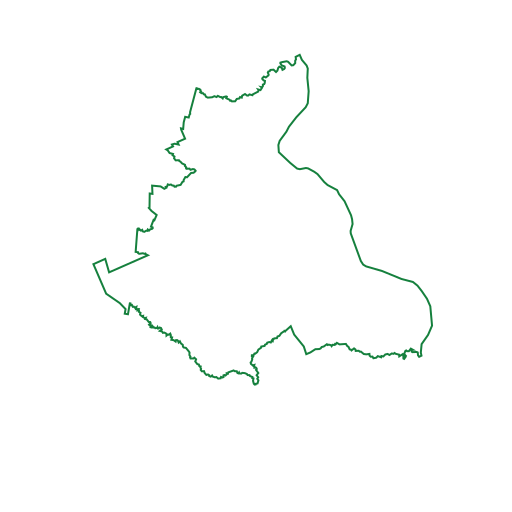 Colón, Entre Ríos, Argentina, rotated 327°
{"feature_id": "61730980B75281068807854", "entity_name": "Colón", "entity_type": "district", "adm_level": 2, "iso_a3": "ARG", "parent_name": "Argentina", "parent_adm1": "Entre Ríos", "projection": "albers", "projection_center": [-58.335, -32.025], "detail": "fine", "context": "isolated", "style": "outline", "palette": "green", "viewbox_px": 512, "rotation_deg": 327, "n_neighbors": 0, "source": "geoboundaries", "source_scale": "gbopen_adm2", "svg_char_len": 6149}
<svg xmlns="http://www.w3.org/2000/svg" viewBox="0 0 512 512"><g transform="rotate(327 256 256)"><path d="M298.0,82.3L279.0,99.5L278.2,101.0L277.4,101.1L275.0,103.2L272.4,100.7L268.2,104.5L264.1,109.8L262.6,108.1L262.1,109.2L260.4,119.0L252.2,117.7L251.8,120.4L248.9,117.5L246.2,116.7L246.1,118.9L238.8,117.8L239.5,119.3L239.6,122.6L242.0,125.2L240.9,126.0L241.8,128.2L240.5,129.4L240.7,132.0L243.5,133.7L243.4,134.7L244.0,135.6L244.4,138.1L246.1,140.8L245.4,141.8L245.8,142.7L245.2,144.2L245.6,144.3L245.4,145.1L247.8,146.5L248.0,148.0L250.4,148.7L251.5,149.8L251.8,151.6L251.4,151.9L249.0,152.2L246.8,151.0L241.0,152.4L239.8,151.3L236.7,152.9L235.9,154.0L234.6,153.8L231.5,155.3L227.6,153.8L226.7,154.3L225.4,153.5L225.4,152.2L224.2,151.3L223.6,149.7L222.1,149.2L221.0,147.9L219.3,149.3L218.0,148.9L217.9,149.9L215.7,149.7L213.9,145.7L207.2,140.4L203.0,147.5L200.9,145.7L193.2,157.2L192.3,157.3L192.9,161.3L195.0,167.5L190.2,170.7L189.8,169.9L183.9,174.2L184.9,175.7L184.4,176.5L183.4,176.6L181.9,176.0L180.2,176.4L179.7,174.9L178.7,175.8L177.9,175.0L175.5,174.9L174.4,173.6L174.8,172.1L173.3,172.0L172.9,170.2L172.4,170.3L172.6,169.6L172.0,169.6L172.0,168.7L171.2,168.8L157.3,187.0L159.1,188.6L158.7,189.4L159.2,190.5L162.6,192.1L163.7,193.5L164.6,193.7L164.5,194.4L165.7,196.5L123.9,189.7L128.0,176.3L115.2,174.3L109.8,206.0L116.1,221.3L117.7,229.5L114.5,232.9L116.9,235.1L124.4,227.0L124.8,227.3L124.1,228.2L124.8,228.8L124.3,229.2L125.3,229.8L125.0,231.5L126.0,232.0L126.2,233.3L128.0,233.5L126.4,235.2L128.5,236.5L127.1,237.2L128.2,237.9L127.4,239.1L128.2,240.7L126.9,241.9L126.9,242.6L127.5,244.3L128.7,244.7L127.9,245.6L128.9,247.5L129.8,247.8L128.7,248.5L129.8,249.6L130.1,252.9L131.3,253.8L131.1,254.9L128.9,255.3L129.0,255.9L130.6,257.2L130.4,257.8L129.0,257.8L128.7,258.2L129.7,259.3L131.0,258.3L131.3,260.4L132.0,260.7L132.2,261.7L133.8,262.4L134.6,262.0L134.2,263.4L134.9,263.8L136.2,263.5L137.1,264.6L136.9,266.3L134.6,266.5L136.1,268.2L136.1,269.8L137.3,270.2L138.3,271.8L138.4,272.7L137.6,274.0L139.4,273.8L140.0,274.6L141.8,274.4L141.5,275.9L140.3,277.7L141.3,278.6L139.4,280.2L141.1,281.7L142.0,284.0L143.0,283.0L144.0,283.5L144.4,284.5L144.0,286.4L145.7,286.1L145.4,288.4L146.2,290.6L145.4,292.2L145.5,293.3L147.2,294.9L147.7,299.5L147.7,300.7L146.2,302.8L146.2,304.7L145.5,305.1L145.3,306.3L147.8,307.9L148.9,307.7L149.5,310.0L147.6,311.4L147.9,314.7L149.0,315.9L148.5,317.5L149.4,318.5L148.7,319.0L148.5,320.7L147.6,321.4L147.8,323.2L149.7,324.3L149.2,326.1L149.6,328.7L151.2,329.2L151.8,330.5L151.4,331.2L152.3,332.5L154.1,332.3L154.0,333.5L155.5,335.4L156.8,335.9L157.5,338.2L159.7,339.3L160.8,338.4L161.8,339.7L162.9,339.8L163.7,338.4L164.7,338.6L165.3,339.6L166.9,339.3L167.5,338.4L168.3,339.4L169.4,338.5L174.9,339.8L175.4,341.0L177.1,342.2L176.7,344.0L177.2,344.7L178.3,344.4L178.0,345.4L179.7,346.6L180.8,346.5L182.8,348.1L184.1,350.0L184.1,351.3L185.7,352.4L185.6,353.5L187.1,355.5L186.4,356.4L187.2,357.3L185.5,359.1L184.6,361.9L184.8,362.9L185.5,362.8L185.8,363.5L186.4,363.2L187.9,363.7L190.3,361.6L190.2,359.7L191.8,358.9L191.6,356.3L194.2,355.4L194.0,351.5L195.1,351.2L195.3,350.3L195.1,349.4L193.8,348.8L194.5,347.8L194.1,347.2L195.2,346.4L193.7,345.9L193.0,343.7L193.5,342.4L194.5,342.2L196.5,340.7L197.0,339.6L198.9,338.7L198.0,337.7L198.5,337.0L199.8,337.8L201.6,337.0L202.1,337.5L204.6,337.3L207.0,335.8L210.2,335.7L211.1,334.8L214.2,336.1L215.3,335.3L217.2,335.6L218.2,334.8L220.3,335.4L221.3,336.6L222.6,335.9L223.5,336.7L223.9,336.1L223.6,335.3L224.6,334.9L224.8,335.6L226.4,335.0L228.8,336.3L230.2,335.2L232.1,335.7L235.0,334.5L238.4,334.4L239.1,335.0L239.4,334.5L239.8,334.9L246.9,333.8L245.2,342.7L246.8,357.9L244.7,365.7L249.1,366.5L255.0,366.5L258.4,368.5L259.9,368.7L261.5,368.1L263.5,368.8L267.4,368.6L267.6,369.7L268.8,370.0L270.3,371.6L270.3,372.8L271.9,372.2L273.1,373.2L274.4,372.8L274.6,373.5L276.5,372.9L277.9,375.6L283.5,378.7L283.5,381.3L284.1,382.5L283.7,385.3L284.7,386.4L284.7,387.2L287.9,386.9L288.5,388.6L287.9,389.9L290.5,391.4L291.0,392.9L291.9,393.3L293.0,396.9L295.0,398.6L297.8,399.9L297.0,401.4L297.4,403.0L298.9,403.8L298.8,405.7L301.5,406.8L303.6,406.3L305.8,409.1L306.7,408.2L308.1,409.6L310.8,409.0L313.0,409.8L314.0,411.7L316.8,411.7L318.0,412.9L319.4,412.8L319.7,413.9L322.3,416.7L321.5,418.2L325.5,418.2L325.2,419.9L323.8,422.3L324.2,423.0L326.2,422.2L326.0,421.2L326.7,421.8L327.3,421.5L326.9,418.9L329.5,417.0L330.5,417.0L330.8,418.1L332.4,419.1L335.4,418.0L336.5,420.1L335.2,419.4L334.5,421.0L334.8,421.8L338.5,424.0L339.1,425.0L337.8,427.5L337.9,429.4L340.5,429.7L341.6,426.8L346.9,420.1L357.3,415.9L365.7,410.3L374.8,393.1L376.1,385.0L375.9,375.8L375.3,368.8L373.5,363.3L365.5,354.5L353.6,337.3L342.7,324.7L341.2,321.6L341.2,317.3L347.8,288.6L349.0,286.5L354.4,281.8L356.6,277.5L357.9,273.6L360.1,258.3L359.3,249.5L359.9,244.9L354.7,235.5L353.5,231.1L352.2,220.8L350.7,217.0L347.4,210.9L345.8,209.4L340.1,207.1L338.1,205.1L335.4,196.6L331.7,181.4L335.2,175.1L338.6,172.3L349.2,168.3L354.1,165.5L365.4,161.6L378.7,158.3L382.6,156.1L389.9,146.5L396.1,134.5L401.5,127.0L402.2,123.8L401.3,116.5L402.2,111.1L397.7,110.6L396.6,112.9L395.3,113.5L393.9,115.6L391.2,116.3L389.7,115.6L388.7,110.6L387.8,109.4L383.5,107.6L381.8,107.1L381.4,107.5L381.3,110.0L383.2,112.6L382.6,114.0L381.5,114.5L379.6,114.3L380.1,112.2L378.7,109.9L377.0,110.4L374.9,112.2L373.0,112.6L372.2,109.3L369.4,107.8L368.1,108.5L366.8,108.0L365.8,108.6L365.4,110.8L364.8,111.3L361.5,111.6L360.3,109.8L358.0,110.4L357.7,111.0L358.0,112.8L358.9,114.0L357.5,115.7L356.5,116.3L355.1,116.0L354.3,117.3L352.8,117.7L352.4,117.3L352.6,118.2L350.1,119.3L348.5,117.5L348.5,118.2L347.4,119.3L341.3,118.7L340.6,119.2L338.5,116.9L336.9,117.2L335.9,116.6L335.0,114.2L331.7,114.0L330.3,115.4L329.2,114.0L327.8,114.8L325.4,113.8L322.8,114.9L320.0,113.2L319.8,112.1L318.9,111.8L319.0,110.7L317.0,107.5L318.3,106.5L317.9,105.9L315.0,104.9L313.9,105.7L313.4,103.7L312.6,103.3L311.2,100.9L309.5,101.2L308.1,99.3L305.7,99.0L301.8,96.9L300.8,95.2L301.1,92.6L300.3,92.0L300.2,90.5L299.0,89.8L298.4,88.3L299.6,88.0L299.4,86.9L299.9,86.2L299.1,84.6L297.4,83.9L298.0,82.3Z" fill="none" stroke="#15803d" stroke-width="2"/></g></svg>